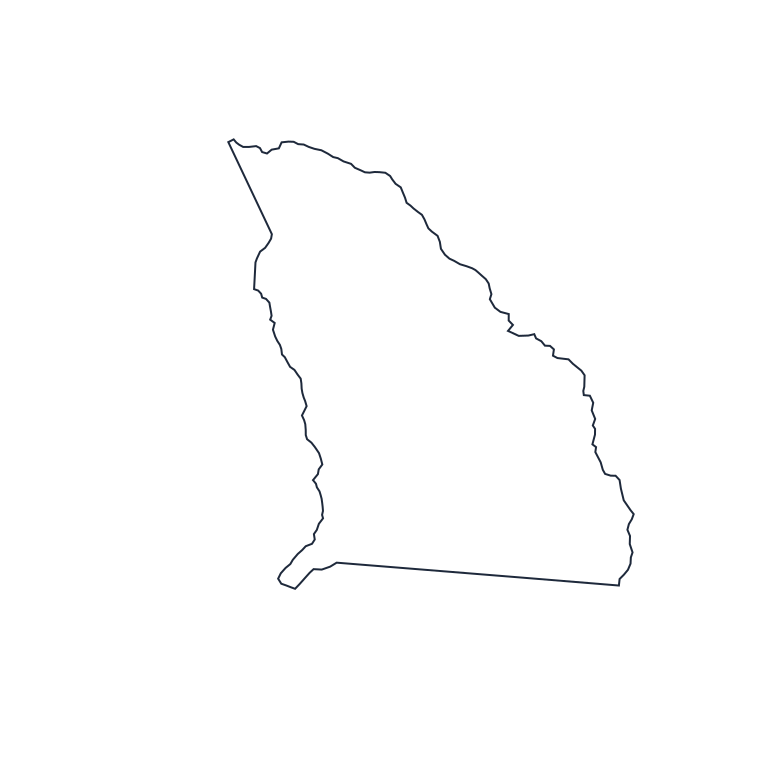 outline of Pedro Osório, Rio Grande do Sul, Brazil, rotated 63°
{"feature_id": "56859067B23145775816716", "entity_name": "Pedro Osório", "entity_type": "district", "adm_level": 2, "iso_a3": "BRA", "parent_name": "Brazil", "parent_adm1": "Rio Grande do Sul", "projection": "robinson", "projection_center": [-52.904, -31.981], "detail": "fine", "context": "isolated", "style": "outline", "palette": "slate", "viewbox_px": 768, "rotation_deg": 63, "n_neighbors": 0, "source": "geoboundaries", "source_scale": "gbopen_adm2", "svg_char_len": 2635}
<svg xmlns="http://www.w3.org/2000/svg" viewBox="0 0 768 768"><g transform="rotate(63 384 384)"><path d="M670.2,266.2L664.7,262.6L662.8,256.8L660.3,251.0L656.0,245.9L650.6,242.8L646.9,239.0L638.2,237.7L631.1,233.8L624.4,233.3L620.0,229.4L617.0,224.6L613.3,220.6L608.5,221.6L596.5,223.2L584.7,220.4L576.5,217.7L570.9,219.3L568.6,223.6L564.5,227.8L559.8,228.0L552.2,226.5L540.6,226.6L536.5,223.7L532.4,225.7L524.9,219.0L519.8,216.3L515.8,216.8L511.0,211.7L501.8,210.9L495.7,206.1L487.9,205.9L484.6,211.0L480.7,209.6L477.4,206.8L467.3,201.3L461.7,202.1L451.8,206.5L445.8,208.4L439.6,217.7L435.5,220.6L430.3,216.9L425.4,218.8L422.9,223.2L417.3,224.4L412.4,227.8L407.8,227.5L406.4,233.3L402.3,242.1L393.0,249.4L389.9,242.3L384.1,244.1L378.3,241.1L372.6,247.5L366.3,250.6L356.5,251.2L352.7,247.5L346.7,246.4L342.0,245.1L336.8,245.7L332.1,247.6L327.4,249.4L324.0,250.8L320.9,252.9L316.5,257.0L311.8,261.9L306.1,265.6L302.0,268.8L296.5,271.0L289.4,271.9L282.7,269.7L276.3,269.0L269.9,272.2L265.5,273.8L261.0,273.6L255.7,273.2L250.5,273.4L246.2,275.6L241.0,278.0L237.1,279.4L232.8,281.6L227.6,280.7L222.3,280.3L216.4,279.8L210.9,282.8L205.3,283.8L201.5,284.1L196.4,286.9L193.1,292.0L190.8,296.2L189.2,300.8L186.7,304.9L183.2,307.6L178.1,311.8L172.9,313.4L167.3,319.0L161.8,322.6L158.7,326.3L153.2,329.5L147.3,333.7L142.9,339.2L138.6,343.4L134.2,346.8L131.3,351.6L127.2,354.5L124.7,359.0L122.2,365.5L126.3,370.7L124.2,377.7L125.5,383.6L122.0,387.3L117.5,387.4L114.0,389.9L111.5,396.6L108.8,401.9L105.1,404.4L101.8,406.0L97.8,406.9L97.8,412.9L199.6,415.9L203.2,418.6L205.9,422.8L208.7,428.1L209.8,434.3L214.5,440.3L217.3,443.3L240.5,456.7L243.6,453.7L247.8,452.5L251.7,453.3L254.6,450.5L259.5,449.2L263.6,450.5L268.0,451.8L272.2,453.2L275.0,456.2L280.0,453.7L285.2,458.3L292.3,459.4L297.2,459.5L301.9,459.0L306.2,459.6L311.4,461.5L315.1,460.2L320.5,460.1L326.1,459.9L330.8,457.4L336.4,456.7L341.4,455.8L345.9,457.3L350.8,459.5L355.0,460.8L359.7,461.7L363.3,462.0L368.6,463.0L372.1,467.7L374.8,471.4L380.0,471.6L384.1,472.4L389.4,474.6L394.0,476.9L398.3,477.6L403.3,475.3L408.9,474.2L416.1,473.3L421.9,474.2L427.7,475.5L430.4,480.9L434.3,483.8L437.4,490.9L442.0,489.9L445.6,490.7L450.4,490.2L454.3,490.9L458.0,491.7L462.0,493.1L465.5,494.4L469.4,496.0L472.5,498.6L476.0,499.3L479.0,505.5L483.5,510.1L485.9,514.6L491.1,516.3L493.7,520.7L493.0,527.4L494.8,532.2L496.3,538.0L499.2,545.0L501.9,549.2L503.2,555.2L505.8,561.9L509.4,566.7L515.3,566.2L519.2,562.5L523.0,559.1L526.1,556.2L523.9,549.9L521.1,542.8L518.4,535.8L517.0,530.8L521.1,523.7L522.3,514.9L521.7,507.3L619.3,348.7L670.2,266.2Z" fill="none" stroke="#1e293b" stroke-width="2"/></g></svg>